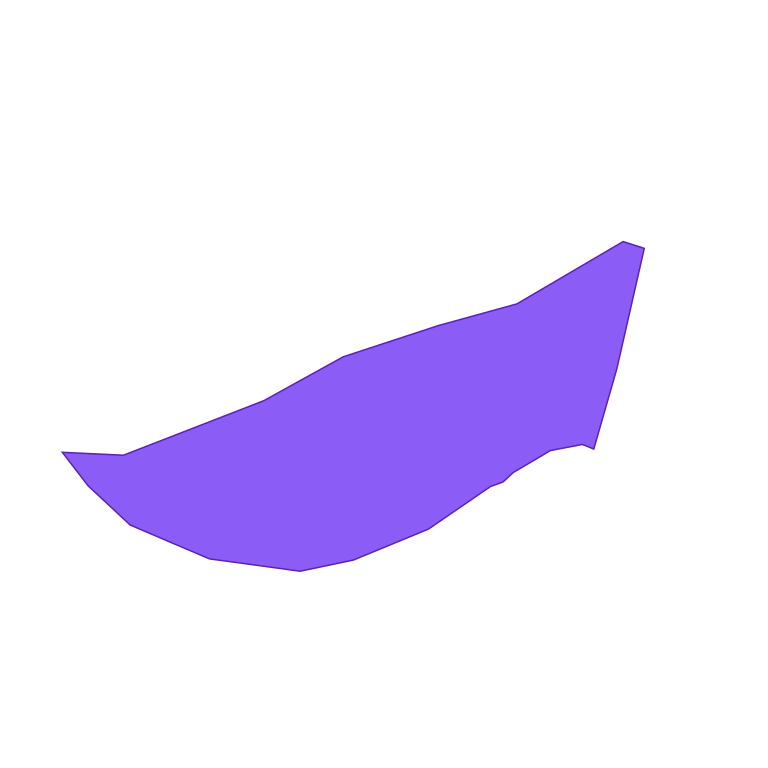 Kawther, Suhaj, Egypt (Albers equal-area conic projection), rotated 310°
{"feature_id": "37247803B38602183359422", "entity_name": "Kawther", "entity_type": "district", "adm_level": 2, "iso_a3": "EGY", "parent_name": "Egypt", "parent_adm1": "Suhaj", "projection": "albers", "projection_center": [31.725, 26.555], "detail": "fine", "context": "isolated", "style": "filled", "palette": "violet", "viewbox_px": 768, "rotation_deg": 310, "n_neighbors": 0, "source": "geoboundaries", "source_scale": "gbopen_adm2", "svg_char_len": 483}
<svg xmlns="http://www.w3.org/2000/svg" viewBox="0 0 768 768"><g transform="rotate(310 384 384)"><path d="M545.3,552.6L655.2,496.2L646.8,475.6L530.8,434.3L463.6,388.0L378.7,335.3L293.9,302.6L162.0,230.2L124.9,181.5L115.8,222.8L112.8,280.2L126.2,324.5L137.9,362.8L186.6,440.0L229.7,473.9L236.9,477.6L301.4,511.3L362.2,528.2L373.9,531.5L385.6,538.2L399.3,539.9L424.4,548.8L439.9,554.2L465.2,574.8L469.0,586.5L545.3,552.6Z" fill="#8b5cf6" stroke="#5b21b6" stroke-width="1.5"/></g></svg>